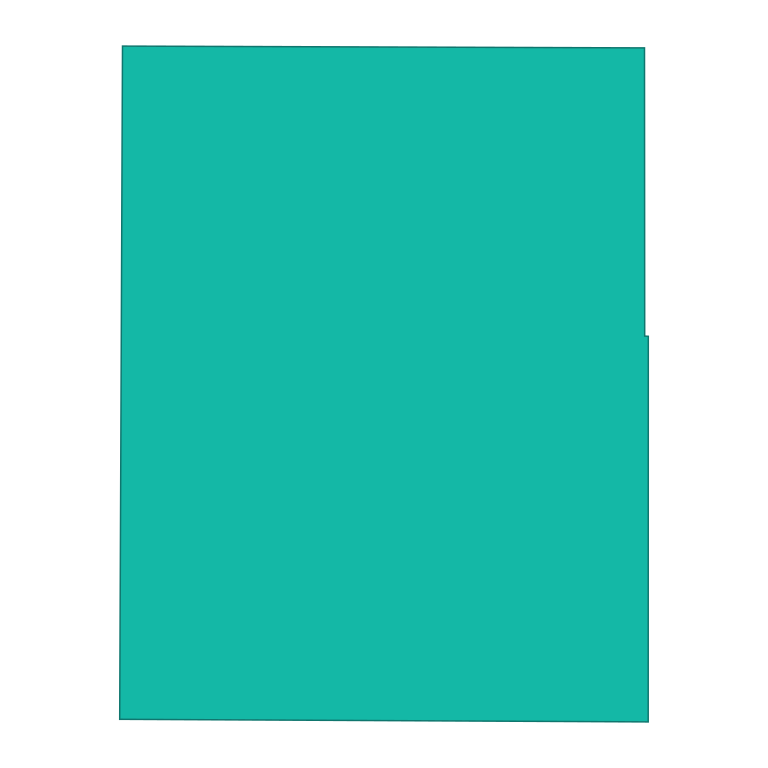 outline of Childress, Texas, United States of America
{"feature_id": "52423323B84755136262127", "entity_name": "Childress", "entity_type": "district", "adm_level": 2, "iso_a3": "USA", "parent_name": "United States of America", "parent_adm1": "Texas", "projection": "natural_earth1", "projection_center": [-100.178, 34.53], "detail": "fine", "context": "isolated", "style": "filled", "palette": "teal", "viewbox_px": 768, "rotation_deg": 0, "n_neighbors": 0, "source": "geoboundaries", "source_scale": "gbopen_adm2", "svg_char_len": 213}
<svg xmlns="http://www.w3.org/2000/svg" viewBox="0 0 768 768"><path d="M122.5,46.1L119.7,719.3L648.2,721.9L648.3,336.3L644.7,336.1L644.5,47.9L122.5,46.1Z" fill="#14b8a6" stroke="#0f766e" stroke-width="1.5"/></svg>